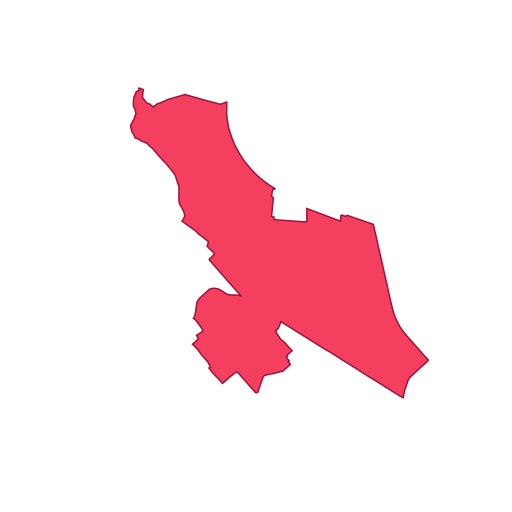 Ikeja, Lagos, Nigeria, rotated 319°
{"feature_id": "59680162B78935719106444", "entity_name": "Ikeja", "entity_type": "district", "adm_level": 2, "iso_a3": "NGA", "parent_name": "Nigeria", "parent_adm1": "Lagos", "projection": "equal_earth", "projection_center": [3.342, 6.607], "detail": "fine", "context": "isolated", "style": "filled", "palette": "rose", "viewbox_px": 512, "rotation_deg": 319, "n_neighbors": 0, "source": "geoboundaries", "source_scale": "gbopen_adm2", "svg_char_len": 3838}
<svg xmlns="http://www.w3.org/2000/svg" viewBox="0 0 512 512"><g transform="rotate(319 256 256)"><path d="M317.8,447.7L317.7,442.9L317.5,427.8L317.5,422.4L317.4,415.9L317.5,409.9L318.3,403.1L320.1,396.2L320.4,395.2L321.6,391.4L322.8,388.7L324.7,384.7L332.3,370.4L335.3,365.0L336.4,363.2L336.5,362.7L339.3,357.5L342.1,352.3L353.8,330.6L364.9,309.8L365.3,309.1L354.6,290.5L351.6,285.2L350.0,284.9L349.0,283.8L347.6,281.4L346.4,281.3L342.6,285.2L331.0,263.7L325.5,253.5L316.9,263.4L314.3,261.3L293.6,240.6L295.1,238.5L293.7,236.3L307.3,223.5L306.8,221.1L312.4,216.6L314.1,217.9L314.5,217.5L312.7,211.5L311.6,207.0L310.3,200.6L309.8,196.6L309.6,194.2L309.2,187.0L309.4,179.6L309.4,177.6L310.3,170.1L310.9,167.0L311.2,165.4L312.7,158.7L315.0,151.7L316.7,147.5L319.8,140.7L324.2,133.5L328.1,128.3L332.8,123.2L334.9,120.6L328.7,118.1L320.5,106.2L311.1,91.8L309.7,89.7L308.5,87.6L298.8,83.1L292.0,80.0L284.1,77.6L281.1,76.3L276.2,76.2L275.5,71.6L273.9,68.7L274.4,61.7L280.1,56.4L278.1,52.7L277.6,52.5L277.4,52.7L277.6,52.9L276.1,54.6L275.0,53.7L272.7,53.6L271.5,54.5L270.8,54.7L270.2,55.0L269.4,55.5L268.5,55.7L267.0,57.1L265.3,58.4L264.5,59.4L263.4,60.6L262.5,61.5L261.9,62.5L260.4,66.8L259.8,68.1L259.2,69.4L257.6,70.5L255.8,71.4L254.2,72.4L253.1,72.9L251.6,73.3L250.0,74.0L248.1,74.6L247.0,75.4L246.1,76.4L245.4,77.8L244.6,79.5L243.8,81.2L243.9,81.3L243.4,84.5L242.5,86.4L242.2,87.4L243.9,90.5L244.7,93.6L246.8,97.6L247.3,98.6L247.8,100.4L247.7,102.6L247.8,103.2L248.4,105.8L248.5,108.6L248.4,111.4L248.3,117.2L248.5,122.7L248.5,123.2L248.7,126.8L248.7,130.0L248.6,133.5L248.5,136.8L248.3,139.3L248.2,141.1L247.7,142.8L246.8,144.9L246.0,146.7L244.2,150.8L244.3,151.4L243.3,153.1L240.3,156.7L237.2,160.1L235.3,162.4L233.6,164.4L232.3,167.1L231.6,170.8L230.9,174.3L230.2,175.9L229.4,177.5L229.1,178.2L228.8,178.7L228.3,179.2L227.5,179.6L225.1,180.5L224.0,180.8L223.0,181.2L223.4,183.1L225.6,191.9L226.5,195.9L226.8,197.1L227.0,199.6L227.0,201.1L229.0,210.9L229.5,213.9L229.3,214.3L227.7,215.2L225.9,216.3L225.5,216.6L225.5,217.3L226.2,226.0L226.3,227.1L225.9,227.1L221.0,227.7L219.0,227.8L218.2,228.1L218.2,232.9L218.2,239.4L218.3,261.6L218.5,273.9L218.5,275.2L218.6,275.8L218.6,276.0L218.5,276.4L216.8,273.8L215.3,272.3L211.9,269.3L209.9,267.2L209.0,265.5L208.2,263.0L207.4,259.9L205.8,256.0L203.6,253.2L201.4,251.5L199.4,250.7L197.7,250.5L195.6,250.6L189.8,250.7L185.6,250.8L183.4,251.4L181.6,252.0L180.1,253.0L178.0,254.8L173.9,258.3L171.2,260.5L169.5,261.4L167.8,262.0L168.4,265.2L168.2,267.1L168.1,269.0L167.8,273.0L167.4,275.6L167.0,277.7L165.8,277.9L163.6,277.5L159.0,276.8L158.2,280.7L156.9,280.7L154.0,280.9L151.4,280.9L150.2,280.9L150.4,282.1L150.5,284.4L150.6,289.0L150.2,293.0L150.0,295.6L150.0,299.6L150.2,302.8L150.3,303.0L150.5,303.4L150.3,303.6L149.8,305.6L148.6,310.2L147.0,309.7L146.8,312.0L146.7,315.3L146.9,321.3L147.0,323.2L147.1,329.4L147.1,330.2L157.2,330.1L161.5,330.4L164.8,330.5L165.5,331.3L165.7,331.9L165.9,333.9L165.9,341.6L166.0,358.0L166.3,359.1L167.3,360.0L167.9,360.0L172.8,357.2L180.3,352.9L182.4,351.8L184.0,351.7L188.8,354.1L193.7,357.0L198.9,359.5L201.0,360.6L204.7,360.5L210.8,360.4L210.9,357.1L212.3,357.0L212.4,352.2L213.9,352.3L214.4,351.3L218.2,351.1L221.0,351.3L221.0,350.4L221.1,349.5L220.9,348.6L220.9,342.8L220.8,339.2L220.6,337.9L220.3,336.9L219.9,335.3L220.0,334.4L220.5,331.3L220.7,329.4L221.0,328.0L221.5,326.4L221.7,325.6L223.4,325.3L225.6,325.2L231.8,321.8L233.0,326.0L237.8,341.9L246.5,370.4L247.3,372.9L248.7,376.7L249.6,379.8L250.2,381.7L250.7,383.4L250.9,384.0L251.2,384.9L251.4,385.7L251.5,386.1L254.2,395.1L258.3,408.5L261.3,418.8L262.7,423.4L263.8,426.7L267.2,437.8L271.2,451.2L272.6,455.4L273.6,458.7L274.0,459.5L274.5,459.1L280.0,455.0L286.0,451.5L289.6,449.4L292.5,448.6L297.6,448.4L309.6,448.1L316.1,448.0L317.8,447.7Z" fill="#f43f5e" stroke="#9f1239" stroke-width="1.5"/></g></svg>